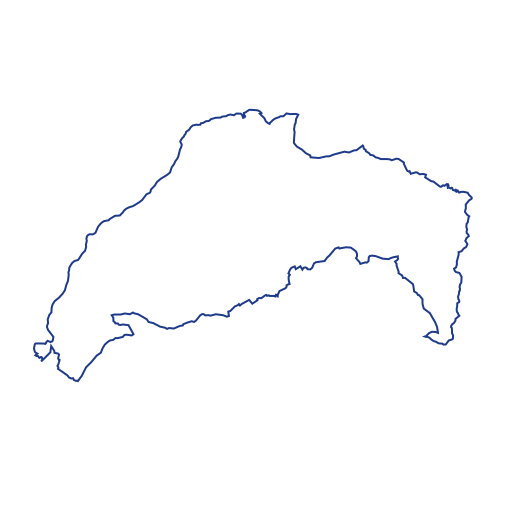 outline of Paltin, Vrancea, Romania, rotated 7°
{"feature_id": "2599482B62752740726315", "entity_name": "Paltin", "entity_type": "district", "adm_level": 2, "iso_a3": "ROU", "parent_name": "Romania", "parent_adm1": "Vrancea", "projection": "orthographic", "projection_center": [26.727, 45.767], "detail": "fine", "context": "isolated", "style": "outline", "palette": "blue", "viewbox_px": 512, "rotation_deg": 7, "n_neighbors": 0, "source": "geoboundaries", "source_scale": "gbopen_adm2", "svg_char_len": 6076}
<svg xmlns="http://www.w3.org/2000/svg" viewBox="0 0 512 512"><g transform="rotate(7 256 256)"><path d="M433.5,315.3L434.9,315.6L435.8,315.3L438.2,316.0L440.1,317.5L442.8,318.8L444.8,319.1L448.0,320.4L451.8,320.3L452.9,321.1L455.1,320.7L457.7,316.3L460.6,315.0L461.5,314.1L461.3,310.8L459.9,308.6L459.6,305.5L459.0,303.4L458.3,302.9L458.2,301.7L459.3,299.5L460.4,298.7L461.0,297.6L461.8,295.9L461.7,294.1L465.1,290.5L464.0,289.4L463.4,288.0L462.2,286.9L461.6,284.1L461.8,281.1L461.5,278.4L463.3,276.9L463.3,276.4L462.9,275.0L462.1,274.1L461.5,271.6L462.0,269.2L462.0,266.2L462.4,265.9L462.5,264.8L462.5,263.7L461.8,262.0L462.0,259.4L463.0,257.3L462.6,251.6L459.9,248.0L456.5,247.6L455.2,246.6L454.1,244.5L456.0,242.8L456.4,239.9L456.0,237.1L457.0,229.7L456.6,227.5L459.4,226.2L461.3,223.2L463.5,221.5L464.4,218.4L461.9,215.5L462.8,212.5L464.8,210.3L464.1,209.0L462.4,207.6L462.0,206.0L462.3,203.7L461.6,202.6L461.2,201.1L461.1,198.6L462.1,196.6L462.3,191.9L462.8,190.6L460.7,189.5L458.3,187.1L458.0,186.1L458.5,183.1L457.9,179.3L460.9,174.6L462.9,173.1L463.1,172.0L462.3,171.1L460.1,169.6L458.4,167.4L454.3,167.0L451.5,167.4L449.9,168.3L448.3,166.5L447.4,167.8L447.0,167.8L446.5,167.3L446.3,165.9L445.9,165.9L445.4,166.9L443.3,166.4L442.5,164.7L441.9,164.4L440.8,165.2L439.2,164.5L438.1,165.0L437.6,163.3L438.4,163.0L438.5,162.5L437.9,161.4L436.6,161.4L434.4,163.4L433.1,163.0L431.1,164.8L429.9,164.6L423.0,160.5L420.8,160.4L414.3,157.3L414.8,154.6L412.2,154.2L408.4,154.9L405.9,153.6L404.7,153.4L399.6,155.5L398.1,153.1L397.5,153.6L396.1,153.2L394.9,151.9L391.5,146.4L391.4,145.2L385.7,142.3L383.6,142.3L379.0,144.4L377.3,143.8L374.6,143.8L368.0,144.6L365.5,143.8L362.7,143.5L359.9,141.8L357.2,141.7L355.9,140.3L352.3,138.6L351.9,137.3L350.0,136.4L349.0,133.8L348.5,133.3L342.9,138.7L340.3,139.3L335.7,141.9L331.0,141.7L320.6,145.9L316.7,148.1L313.8,148.5L306.4,151.1L298.1,151.4L297.6,149.6L293.0,147.9L288.6,144.8L283.2,142.4L280.1,139.5L279.7,138.3L279.2,128.3L278.3,125.5L278.5,120.8L279.1,119.1L279.1,115.1L280.7,110.6L278.3,110.1L272.8,111.0L268.9,110.8L266.2,113.9L263.1,114.4L262.0,115.4L258.8,116.9L256.9,118.3L253.7,122.1L253.4,123.2L251.8,122.7L249.3,121.1L247.5,118.2L242.4,114.3L243.9,113.4L242.6,112.3L240.6,111.4L238.8,111.2L232.3,111.6L231.4,111.8L227.9,114.9L226.5,115.5L226.6,116.8L228.2,118.6L228.2,119.0L227.0,119.0L226.9,120.3L226.3,120.4L225.3,118.0L223.5,116.6L219.2,117.0L216.9,119.0L213.4,118.7L210.7,119.7L209.5,120.8L205.4,121.8L204.1,122.9L199.2,123.7L194.5,125.7L193.5,127.1L192.4,127.8L190.0,128.3L187.2,130.4L185.1,131.0L184.8,132.4L182.3,133.0L180.8,132.9L177.2,134.2L175.3,136.5L174.3,138.8L171.6,141.2L171.1,143.6L170.2,144.8L169.8,146.3L168.4,147.9L166.9,151.2L166.9,151.7L168.7,154.4L168.7,155.5L168.4,157.5L167.6,159.4L166.7,167.0L165.9,169.2L164.5,171.5L163.3,175.1L161.5,178.3L160.5,183.6L157.8,186.4L151.9,191.1L148.7,194.6L147.0,198.4L143.6,202.9L143.5,204.9L142.9,206.2L139.8,208.1L136.1,214.4L133.7,216.8L127.9,221.4L124.0,223.2L121.3,225.0L119.4,227.1L118.7,228.7L115.9,232.4L111.2,233.3L106.2,237.2L105.4,238.5L101.1,239.8L99.3,241.2L97.7,243.0L95.7,246.2L93.8,252.6L91.5,254.4L88.2,254.7L86.8,255.6L85.8,257.1L85.7,258.1L85.6,259.6L86.2,261.6L85.8,265.7L86.3,267.5L85.7,271.7L83.3,274.7L80.3,281.0L79.6,281.8L76.4,283.1L74.2,285.6L72.4,289.5L72.1,290.7L72.3,292.7L71.8,295.0L72.4,297.4L72.4,303.7L71.2,308.0L70.5,313.3L68.8,316.8L65.6,321.3L61.7,325.3L60.0,328.9L59.5,332.4L59.8,336.8L58.0,339.8L57.0,344.3L57.8,347.9L57.1,351.0L57.3,352.2L58.6,354.7L64.8,361.0L64.5,364.9L64.0,365.7L62.5,366.4L59.5,365.6L58.2,367.3L58.1,368.2L57.4,369.0L56.4,368.7L48.2,369.6L47.5,370.1L47.2,370.9L46.9,374.6L48.1,378.0L49.6,379.1L50.9,379.5L49.2,381.5L50.4,382.0L51.9,381.9L52.9,383.2L53.7,383.5L54.9,382.4L55.5,382.5L56.2,383.4L56.4,385.0L55.7,386.8L63.6,376.7L63.7,370.4L67.3,374.7L67.8,376.7L71.3,376.9L72.5,377.8L72.1,381.8L72.9,383.1L73.6,383.0L73.7,383.9L72.9,387.9L72.3,389.2L73.5,390.9L73.2,392.1L83.4,397.5L85.2,399.4L87.7,400.1L89.3,399.6L90.4,401.3L92.7,401.9L93.6,401.5L94.4,401.9L97.6,396.3L100.9,387.2L105.3,381.6L110.0,374.3L113.8,370.9L114.9,366.5L116.7,362.4L119.2,359.5L121.2,357.7L124.4,356.7L126.5,354.6L128.6,354.4L133.6,352.6L135.0,350.4L137.4,349.9L142.3,350.0L143.9,348.6L137.9,340.2L132.3,340.2L129.8,341.0L128.1,340.9L127.1,339.8L124.6,340.0L124.0,339.0L122.4,338.0L121.9,334.6L120.0,332.4L122.3,331.4L128.8,330.6L132.9,329.0L137.9,329.2L140.8,327.1L141.9,327.7L146.1,328.2L154.6,331.8L155.5,332.3L157.4,334.6L162.2,335.1L169.4,337.8L174.7,338.3L176.6,339.2L178.4,338.1L183.3,338.0L188.9,334.7L191.8,333.9L192.2,332.5L196.1,330.4L200.1,328.6L202.6,329.0L204.3,327.4L207.9,321.6L209.6,320.3L211.1,320.1L212.8,321.1L216.3,320.5L218.0,320.8L223.3,318.7L230.7,318.8L234.4,319.8L236.4,318.9L235.3,314.6L237.3,313.6L241.2,308.6L244.0,307.0L244.9,305.8L246.1,307.1L247.6,305.4L254.6,300.4L258.1,303.8L262.8,299.8L262.4,298.8L264.0,297.4L266.4,297.2L270.2,293.7L271.1,293.4L271.8,294.2L273.6,293.5L274.3,294.0L279.0,293.4L279.9,293.8L280.5,292.0L281.7,292.2L282.1,293.5L282.5,293.5L282.3,292.0L283.6,287.9L289.2,284.4L290.1,282.9L289.9,281.4L291.3,280.3L292.7,279.8L291.5,276.2L290.9,273.1L291.2,271.7L291.9,270.5L290.3,269.3L291.5,265.3L292.5,263.5L295.7,261.6L297.1,264.2L301.3,260.8L303.7,263.9L304.7,261.9L306.4,261.3L307.9,261.7L308.7,262.8L311.5,262.7L313.2,260.8L314.5,256.3L316.2,254.9L324.7,252.6L326.9,248.7L328.8,246.6L333.7,239.0L336.9,237.4L337.7,238.4L344.2,236.4L349.0,236.1L352.8,238.1L354.7,239.3L356.0,241.5L356.3,244.1L355.5,245.9L359.5,249.5L360.5,251.1L365.3,249.0L366.8,249.1L368.3,247.5L368.1,243.5L368.8,242.2L371.1,241.5L374.7,241.5L382.2,243.2L388.2,242.9L389.8,241.7L393.2,240.2L396.8,239.1L396.8,240.2L397.4,241.5L396.5,243.0L394.7,244.5L396.6,246.9L396.6,248.2L399.5,254.2L399.6,255.7L403.4,257.5L404.6,259.9L406.6,259.5L415.0,264.7L415.5,265.5L417.3,271.9L420.0,273.1L421.6,275.0L422.7,275.0L426.5,278.5L427.1,283.2L428.9,287.7L435.5,291.5L442.0,300.1L444.4,304.5L446.0,310.1L443.4,309.5L439.8,309.8L437.1,311.5L434.7,314.7L433.5,315.3Z" fill="none" stroke="#1e3a8a" stroke-width="2"/></g></svg>